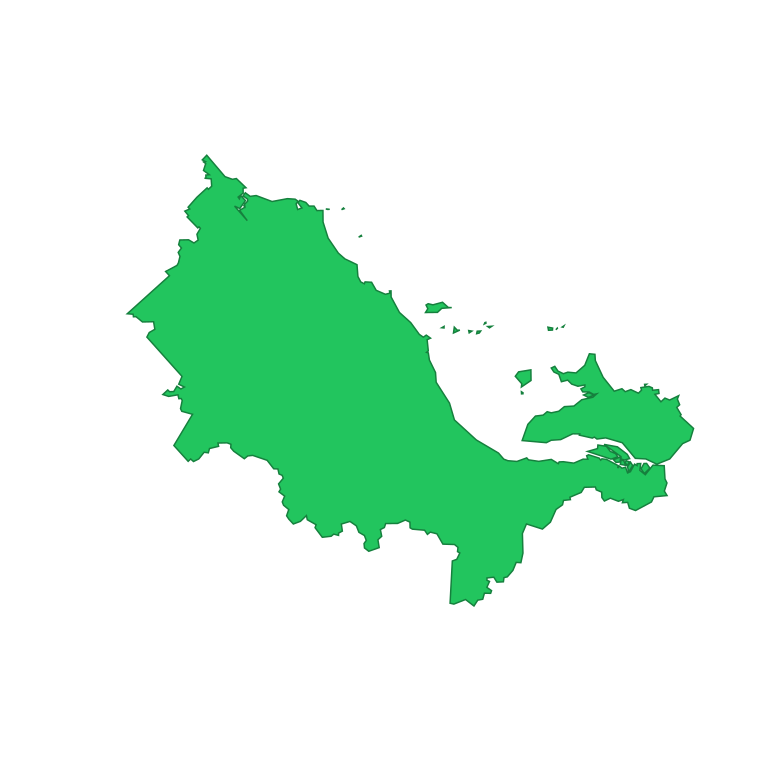 the district of Cassowary Coast, Queensland, Australia, rotated 312°
{"feature_id": "25037944B15390433377666", "entity_name": "Cassowary Coast", "entity_type": "district", "adm_level": 2, "iso_a3": "AUS", "parent_name": "Australia", "parent_adm1": "Queensland", "projection": "mercator", "projection_center": [145.98, -17.968], "detail": "fine", "context": "isolated", "style": "filled", "palette": "green", "viewbox_px": 768, "rotation_deg": 312, "n_neighbors": 0, "source": "geoboundaries", "source_scale": "gbopen_adm2", "svg_char_len": 6195}
<svg xmlns="http://www.w3.org/2000/svg" viewBox="0 0 768 768"><g transform="rotate(312 384 384)"><path d="M321.5,146.4L320.9,152.1L264.4,146.2L268.0,150.9L266.3,152.8L268.1,154.7L268.5,163.0L276.1,171.1L271.3,177.1L265.2,175.1L260.2,176.4L254.5,228.8L246.5,231.6L248.2,237.7L244.4,236.4L243.8,231.6L237.7,232.8L234.8,229.8L234.9,227.3L228.2,226.7L230.7,232.3L238.1,238.1L235.8,241.4L237.5,243.0L236.7,245.1L229.5,249.3L228.4,252.0L233.4,262.0L197.7,269.0L195.5,290.2L198.9,290.5L198.9,294.3L204.4,296.5L212.9,296.0L215.3,299.5L219.3,297.5L227.0,302.8L229.0,300.1L235.3,306.8L236.8,310.6L234.1,312.7L233.5,317.3L235.0,330.2L239.4,330.9L243.1,334.2L249.1,348.2L247.2,358.8L249.9,362.0L246.9,366.2L248.0,369.4L246.6,372.2L239.2,372.5L236.7,377.5L233.6,378.1L234.2,385.2L228.3,387.3L226.7,390.5L227.0,397.2L220.9,399.8L219.9,403.6L219.3,410.3L226.0,413.8L234.3,414.4L231.8,417.8L234.0,427.7L231.1,428.9L228.8,440.7L235.5,446.6L238.8,447.1L241.1,451.5L242.8,450.0L246.8,451.5L251.4,446.0L259.1,450.7L260.1,458.4L257.0,464.6L258.3,470.8L255.9,475.5L252.1,475.9L249.1,479.2L249.5,484.6L259.2,489.9L264.2,483.7L269.3,484.2L273.4,478.7L277.6,480.3L281.4,478.6L289.5,487.4L297.2,490.9L298.7,495.7L294.6,499.6L295.1,502.2L302.5,512.0L301.3,516.9L304.9,517.5L308.1,523.6L304.4,534.9L311.9,543.8L312.1,548.3L308.6,550.8L309.2,553.4L302.4,555.4L298.2,553.2L265.3,579.8L267.2,583.2L278.4,588.8L279.2,599.4L286.1,598.3L290.1,601.4L295.7,598.6L299.8,603.3L302.4,602.2L301.7,596.5L307.9,594.5L307.0,591.8L308.8,590.3L313.9,594.9L312.3,600.5L316.9,605.1L320.4,602.7L323.2,604.7L331.8,604.5L339.9,601.6L342.8,605.3L351.3,600.4L365.5,586.9L375.3,583.5L382.2,598.8L392.7,600.1L405.9,595.8L413.7,597.5L417.6,595.3L422.8,599.9L424.2,597.9L435.4,603.1L441.3,602.0L448.9,610.0L447.4,612.6L449.3,618.1L445.4,621.9L444.5,626.1L450.6,628.6L453.7,636.7L458.3,639.2L455.3,640.6L459.1,644.3L455.9,649.5L458.3,655.6L475.3,661.7L480.8,660.1L490.5,669.0L492.0,664.0L499.8,660.5L501.5,656.3L510.8,646.9L503.7,638.2L491.4,638.9L491.0,631.9L496.7,628.0L494.2,625.4L492.7,626.6L492.1,623.8L483.7,625.8L480.9,624.5L483.8,619.2L480.7,617.2L480.4,613.7L477.9,614.0L480.0,612.5L476.9,600.0L474.2,596.0L472.4,596.0L472.9,593.5L468.3,583.4L466.3,582.6L464.5,585.8L461.3,582.2L452.2,578.0L446.2,569.2L443.3,566.3L441.4,566.8L439.9,558.8L430.1,550.8L424.3,542.1L424.6,539.5L415.4,534.6L409.9,527.4L408.3,523.3L409.3,515.3L404.2,490.1L404.4,460.4L413.6,445.5L420.2,421.6L427.0,414.6L432.2,401.7L436.8,396.1L436.0,394.5L438.2,394.8L445.8,386.4L449.2,387.9L448.6,382.7L445.1,381.9L444.5,377.0L447.5,362.8L447.5,347.6L453.4,331.1L457.9,326.9L456.8,325.8L455.5,327.6L451.6,325.0L448.4,315.5L451.3,306.7L447.2,301.6L445.3,302.3L444.3,298.4L446.4,292.7L454.6,284.1L450.8,271.2L450.7,262.5L455.0,244.9L463.6,230.3L472.1,222.5L468.0,218.1L469.4,213.0L466.1,209.3L466.6,204.4L464.2,198.6L461.1,198.8L459.9,205.2L455.9,203.1L459.1,198.1L462.3,197.8L461.9,194.3L457.1,188.2L444.7,178.7L438.5,162.9L433.9,159.0L433.3,153.0L429.5,153.4L430.1,158.9L428.7,160.3L424.3,160.1L422.6,162.1L421.8,162.2L416.5,160.5L413.9,173.1L416.2,153.9L417.9,159.4L427.6,158.3L428.2,151.4L424.8,152.6L425.3,150.5L431.6,151.6L435.2,148.3L437.5,150.1L437.9,136.8L434.7,134.4L431.7,127.1L435.4,99.2L429.0,99.0L429.8,102.5L428.3,101.5L428.5,104.0L421.9,107.0L422.6,114.1L420.1,111.8L417.8,113.9L416.8,112.9L420.8,118.3L415.7,123.6L411.2,123.2L411.4,121.3L397.5,120.0L384.3,120.1L384.1,122.5L379.2,120.3L378.3,126.1L376.4,125.9L375.4,141.2L377.0,141.4L376.8,143.4L370.1,144.8L366.6,149.6L361.6,148.4L360.4,142.3L354.4,135.9L350.1,138.2L349.5,142.5L344.1,143.0L342.3,147.0L336.4,150.2L333.6,150.8L321.5,146.4ZM519.1,548.7L513.9,548.1L504.7,541.5L494.7,539.9L487.9,533.2L480.7,532.1L474.5,527.6L472.6,523.8L467.4,523.1L461.5,518.0L450.3,517.9L434.4,524.5L449.0,543.9L454.1,545.9L460.9,552.5L473.3,557.6L477.9,562.9L476.7,563.4L483.2,575.0L485.3,575.9L485.6,579.1L492.3,584.8L499.8,600.4L496.9,620.5L503.5,628.7L507.0,640.4L519.5,646.5L539.5,645.8L547.0,649.0L558.1,643.8L558.3,625.5L560.0,625.3L562.5,617.2L566.4,617.6L569.1,612.1L572.5,610.8L563.2,607.0L561.5,602.2L556.1,601.7L557.6,592.2L561.0,594.7L563.5,591.8L559.1,587.8L560.7,586.0L559.5,582.5L553.2,577.3L551.7,579.5L547.4,579.2L545.0,571.2L539.7,568.4L539.7,564.0L532.7,559.9L535.6,542.4L542.8,525.4L547.2,520.9L543.9,516.4L532.2,520.7L520.7,519.3L515.8,512.7L511.7,510.4L510.0,504.6L511.4,499.1L507.8,497.6L506.6,502.3L508.2,507.4L504.4,514.3L509.8,517.9L509.5,523.5L512.1,529.6L517.7,533.9L516.3,535.2L512.1,533.6L511.1,537.0L515.3,541.7L516.6,546.9L519.1,548.7ZM486.5,591.0L481.8,583.8L478.9,585.9L470.1,580.4L480.1,603.0L486.3,606.5L487.2,602.6L485.3,597.3L486.5,591.0ZM473.7,488.1L485.0,490.9L492.8,483.7L483.1,475.9L477.6,476.4L476.4,486.2L473.7,488.1ZM478.9,376.3L486.1,383.2L483.9,380.6L483.9,372.8L475.6,367.4L473.2,363.1L470.8,362.4L469.3,366.2L464.9,367.0L473.0,375.8L478.9,376.3ZM488.6,608.7L486.9,610.4L488.4,613.5L492.9,616.5L494.5,611.8L493.5,599.5L486.4,588.0L488.6,608.7ZM500.7,632.3L498.9,630.4L493.0,631.8L491.7,637.4L499.4,637.9L500.7,632.3ZM488.1,608.5L481.3,605.3L481.0,608.9L484.1,611.7L488.1,608.5ZM489.8,623.4L490.9,619.4L485.4,620.4L482.5,624.6L489.8,623.4ZM509.4,539.7L510.8,544.8L516.2,547.4L514.7,542.1L509.4,539.7ZM485.2,617.9L487.4,613.7L486.3,611.0L482.4,613.4L485.2,617.9ZM468.4,401.5L474.8,404.3L473.0,402.5L473.3,398.2L468.4,401.5ZM486.2,619.6L490.3,618.3L489.0,615.4L486.9,615.7L486.2,619.6ZM534.0,470.3L536.8,473.1L538.4,471.9L535.9,467.8L534.0,470.3ZM483.4,419.2L485.7,420.7L488.1,420.4L485.6,417.9L483.4,419.2ZM496.3,424.8L499.1,425.5L496.1,422.6L496.3,424.8ZM479.0,413.1L482.1,413.9L480.4,411.2L479.0,413.1ZM476.2,266.9L478.9,268.4L479.2,267.6L476.2,266.9ZM464.5,389.3L465.8,391.1L467.0,390.1L464.5,389.3ZM485.2,235.8L487.6,237.1L487.7,236.1L485.2,235.8ZM470.2,491.3L468.7,492.8L469.7,493.8L470.5,493.2L470.2,491.3ZM557.2,579.0L559.5,579.3L558.1,577.9L557.2,579.0ZM546.1,479.2L547.6,478.8L545.6,478.3L546.1,479.2ZM495.7,418.4L497.4,419.1L498.0,418.4L497.1,417.9L495.7,418.4ZM475.8,225.0L477.5,226.8L475.2,223.6L475.8,225.0ZM541.5,475.4L539.3,475.4L541.4,475.6L541.5,475.4ZM422.7,160.6L422.7,161.6L423.4,160.6L422.7,160.6Z" fill="#22c55e" stroke="#15803d" stroke-width="1.5"/></g></svg>